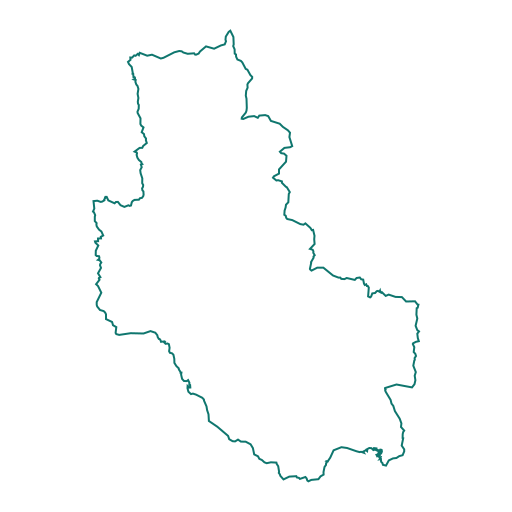 Balsa, Hunedoara, Romania (Mercator projection)
{"feature_id": "2599482B86876194197645", "entity_name": "Balsa", "entity_type": "district", "adm_level": 2, "iso_a3": "ROU", "parent_name": "Romania", "parent_adm1": "Hunedoara", "projection": "mercator", "projection_center": [23.071, 46.051], "detail": "fine", "context": "isolated", "style": "outline", "palette": "teal", "viewbox_px": 512, "rotation_deg": 0, "n_neighbors": 0, "source": "geoboundaries", "source_scale": "gbopen_adm2", "svg_char_len": 6022}
<svg xmlns="http://www.w3.org/2000/svg" viewBox="0 0 512 512"><path d="M280.3,475.8L283.5,479.4L289.3,476.6L296.3,476.2L296.8,477.4L299.0,477.9L299.9,478.9L305.4,477.0L306.6,478.4L307.3,480.5L308.4,481.3L311.3,479.9L318.4,479.2L320.6,476.3L323.6,474.6L323.5,472.1L324.5,467.0L326.0,464.9L326.0,463.7L326.9,462.1L326.6,461.9L327.4,461.6L327.1,461.2L327.8,461.2L330.2,457.7L333.6,450.3L341.4,447.2L347.1,448.0L356.6,451.3L359.6,452.1L361.1,451.8L363.9,452.8L363.2,451.6L365.9,450.2L367.1,451.1L367.2,450.0L366.7,449.4L369.3,448.0L371.5,448.2L373.4,450.1L374.6,449.7L374.5,448.8L373.2,448.0L376.4,448.4L376.3,449.3L377.6,449.9L376.3,450.2L378.6,451.3L379.3,452.3L380.2,451.3L380.2,449.7L380.8,449.6L381.7,450.0L381.9,451.6L381.1,453.5L379.8,453.8L379.9,455.1L379.1,455.6L378.2,453.5L377.7,454.5L376.5,454.8L377.2,456.3L378.4,455.8L378.7,456.4L379.2,456.2L379.5,457.4L380.6,457.2L380.2,458.2L380.5,458.5L379.9,459.2L380.9,459.0L381.1,461.7L382.5,463.2L382.9,464.8L386.0,465.6L388.8,460.4L393.0,458.4L396.4,458.0L399.3,456.1L402.6,455.2L404.2,451.4L404.2,449.3L401.7,445.6L403.2,438.2L402.6,438.0L402.7,434.1L403.2,432.0L404.2,430.6L401.0,427.0L401.4,423.4L399.7,418.7L394.9,411.1L393.3,405.9L391.5,403.6L390.6,399.9L385.9,392.1L385.2,390.6L385.6,389.5L385.0,388.9L385.1,388.0L396.5,384.5L412.0,387.4L414.5,384.2L415.4,380.2L414.7,375.7L415.8,372.1L413.3,365.7L414.3,360.5L414.8,359.8L414.6,358.1L416.0,356.0L415.3,353.8L413.7,352.0L414.3,347.2L412.8,344.0L413.1,343.3L416.0,341.8L418.8,341.2L417.8,338.0L417.3,333.7L419.0,331.4L417.3,330.1L415.6,325.8L417.3,318.5L416.4,314.7L416.7,308.2L417.7,307.7L418.4,304.7L417.6,304.6L415.0,301.3L406.1,301.5L401.9,297.1L395.5,296.9L388.7,294.6L385.7,295.9L381.9,292.2L381.4,292.8L380.3,292.2L380.0,290.6L379.4,291.7L377.9,290.9L376.7,291.2L375.1,293.0L372.3,293.4L371.1,296.6L370.1,297.4L368.1,296.4L368.8,287.6L367.8,286.0L366.9,286.0L366.2,284.3L364.8,285.0L364.0,283.7L363.2,279.6L361.2,279.3L359.8,277.5L356.6,278.0L354.8,279.9L346.7,278.0L344.5,279.1L341.3,278.9L340.3,277.6L338.5,277.6L333.0,275.5L323.4,267.7L317.2,267.7L311.5,270.6L310.1,269.4L309.9,268.9L311.2,262.8L311.0,262.2L313.6,257.7L313.5,256.5L314.7,255.2L313.3,252.8L313.4,251.3L312.7,249.8L310.0,248.9L314.6,244.0L314.2,239.2L314.5,235.8L313.1,229.9L311.8,230.2L310.4,227.9L305.4,223.4L303.5,224.7L300.3,224.1L292.3,220.1L287.2,219.0L286.2,217.8L285.7,215.7L284.3,214.8L284.6,210.6L285.6,207.5L286.0,204.7L288.3,202.3L288.8,193.9L289.8,192.1L286.8,187.2L285.9,186.8L281.9,182.8L281.9,181.4L278.1,180.2L276.4,180.5L273.0,177.7L273.9,176.3L279.0,173.6L279.0,169.4L286.0,161.7L286.5,155.8L284.0,153.6L281.2,153.2L279.9,151.7L284.4,147.9L290.2,147.2L292.2,146.1L289.4,137.1L290.0,132.7L287.9,130.3L282.9,126.9L279.7,123.7L270.9,120.9L268.2,116.1L265.2,115.1L259.3,115.6L257.8,117.8L254.2,116.1L248.5,116.7L243.2,119.0L241.7,118.7L241.9,117.4L245.8,112.6L246.5,110.6L246.8,107.9L246.5,98.7L245.8,95.7L246.2,90.9L247.6,87.7L247.4,84.5L248.0,83.2L252.1,78.5L252.2,76.9L250.4,75.1L247.4,69.7L245.7,68.9L242.3,62.4L240.9,60.9L237.4,59.5L236.1,56.7L236.0,54.5L234.7,53.6L234.6,49.3L233.2,46.1L233.7,44.4L233.4,37.0L230.3,30.7L228.7,31.9L225.8,36.6L225.5,39.8L226.0,41.2L224.7,44.4L221.0,45.4L214.1,48.7L206.0,46.4L200.0,51.5L198.6,53.6L196.0,54.7L195.1,54.6L194.1,53.3L187.7,53.8L183.3,52.5L181.7,51.3L179.2,51.0L174.3,52.3L163.5,57.8L160.8,58.5L152.0,54.7L147.2,55.7L139.7,52.8L138.9,55.1L138.0,54.2L138.4,53.3L135.6,55.8L134.2,55.4L132.1,57.6L130.3,57.5L130.5,59.8L128.0,61.9L129.0,64.1L131.7,67.0L132.7,72.6L132.5,73.7L133.2,73.8L133.5,77.3L134.6,77.2L135.0,77.9L135.0,79.1L134.1,79.5L135.7,80.0L135.4,81.9L136.3,84.5L137.5,85.9L138.4,88.9L137.6,93.9L138.4,98.0L137.8,101.7L138.0,103.6L138.8,105.0L138.7,108.8L137.5,111.6L137.6,112.9L140.5,118.3L140.4,124.0L141.2,125.6L143.5,127.4L141.7,132.2L144.0,134.1L144.3,136.3L146.0,138.5L145.9,140.3L146.8,143.0L143.2,145.9L142.3,147.8L139.6,147.9L134.6,151.6L136.8,152.6L137.0,153.6L136.6,154.8L137.4,157.7L138.9,160.0L141.3,162.0L141.6,163.5L142.2,164.1L140.9,164.6L141.7,167.2L140.2,170.1L140.6,173.2L142.3,178.4L142.2,183.2L143.2,185.0L143.0,186.8L142.1,188.4L142.4,190.3L143.4,191.4L143.6,194.7L143.2,196.2L141.9,197.9L140.0,198.2L138.9,199.7L134.5,199.9L132.7,201.0L131.8,202.2L131.0,205.5L129.6,205.9L128.4,205.3L124.4,206.9L120.5,205.2L117.9,201.9L115.9,202.0L114.6,203.3L108.3,200.4L106.7,196.9L105.4,196.9L105.1,197.4L105.5,197.8L104.2,199.5L104.4,200.3L102.2,201.6L100.7,201.9L97.3,200.7L93.5,201.1L94.3,208.6L93.0,211.6L93.9,212.2L95.2,215.2L94.8,216.7L94.8,221.1L96.6,223.1L96.4,224.7L96.8,226.5L99.1,229.7L101.4,231.5L103.2,235.5L100.8,236.8L101.0,238.4L98.0,238.5L98.1,241.2L95.0,241.4L95.4,242.7L98.3,245.5L95.8,250.7L95.7,255.1L96.7,256.0L99.0,256.2L99.4,257.4L99.2,258.9L98.0,259.9L99.7,260.3L101.3,262.5L100.2,264.1L100.0,265.3L101.0,267.9L98.0,273.3L100.4,277.2L98.9,278.0L98.8,278.6L99.5,279.8L96.1,284.2L98.0,286.0L101.3,292.7L96.7,302.1L96.7,304.9L97.2,306.5L100.0,310.0L103.7,311.1L105.1,312.5L106.0,314.3L106.0,319.1L112.1,322.0L113.0,325.2L116.3,327.1L115.6,332.9L116.3,334.1L119.2,334.9L130.7,333.2L143.5,333.5L150.5,331.1L155.3,332.7L157.3,335.2L157.7,337.0L158.8,338.9L159.6,339.0L160.6,340.4L161.0,341.8L164.6,341.4L165.0,341.8L164.4,342.6L165.6,343.8L167.5,343.5L168.9,344.2L169.6,347.8L169.1,351.2L169.9,352.8L172.0,353.3L173.4,354.7L174.3,358.8L174.4,362.9L176.4,366.1L178.7,368.3L178.9,369.5L180.5,372.0L180.5,372.7L181.4,372.7L181.1,374.6L182.1,378.9L184.0,381.0L186.8,381.1L188.1,380.1L189.4,382.7L189.3,384.7L190.1,385.0L190.3,387.5L189.1,387.6L187.6,386.1L187.5,388.2L188.4,391.7L191.0,394.1L192.9,393.6L196.0,394.6L202.3,397.8L203.9,399.5L204.0,400.6L206.5,406.4L207.1,410.1L208.5,414.3L208.9,421.0L217.4,426.8L228.1,435.9L229.2,439.2L232.6,441.2L235.1,441.4L238.0,439.6L240.9,441.6L245.7,441.7L250.6,444.3L252.9,448.1L254.2,454.4L258.0,456.3L259.3,458.8L261.9,460.0L264.4,462.3L266.7,463.2L270.9,462.3L276.4,462.6L276.7,463.9L278.2,466.2L279.1,471.8L278.8,472.9L279.9,474.4L280.3,475.8Z" fill="none" stroke="#0f766e" stroke-width="2"/></svg>